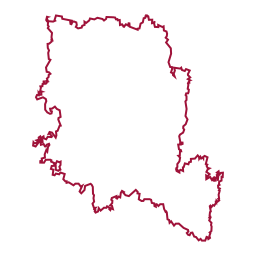 Naogaon, Rajshahi, Bangladesh (Equal Earth projection)
{"feature_id": "16705992B34203284467157", "entity_name": "Naogaon", "entity_type": "district", "adm_level": 2, "iso_a3": "BGD", "parent_name": "Bangladesh", "parent_adm1": "Rajshahi", "projection": "equal_earth", "projection_center": [88.84, 24.873], "detail": "fine", "context": "isolated", "style": "outline", "palette": "rose", "viewbox_px": 256, "rotation_deg": 0, "n_neighbors": 0, "source": "geoboundaries", "source_scale": "gbopen_adm2", "svg_char_len": 5743}
<svg xmlns="http://www.w3.org/2000/svg" viewBox="0 0 256 256"><path d="M183.1,132.6L184.2,129.7L183.2,128.2L183.3,126.3L185.7,124.2L187.5,119.4L185.5,116.0L186.6,109.0L185.4,101.4L186.5,100.0L186.5,96.2L185.6,95.1L186.2,93.4L188.1,93.3L188.6,92.0L188.8,89.6L187.7,88.8L188.4,84.7L187.9,83.4L188.5,82.3L189.3,82.6L189.3,80.4L190.0,80.2L187.9,79.1L190.2,77.4L188.0,75.2L187.9,74.1L189.7,70.5L186.0,69.1L184.8,71.0L182.0,70.0L181.2,67.7L180.2,68.6L174.1,67.7L174.9,70.5L173.7,73.9L174.6,76.5L173.0,75.1L172.9,73.3L171.0,72.4L172.1,69.1L171.9,67.1L170.2,67.0L168.5,62.2L171.1,53.7L170.8,48.3L166.1,42.5L168.0,39.7L165.7,37.7L166.8,36.1L167.1,33.7L166.5,31.5L163.9,30.5L163.6,26.4L162.4,27.0L158.2,25.0L158.3,27.1L154.9,26.9L154.1,23.6L154.7,21.2L153.8,22.8L152.0,23.2L152.2,19.7L148.9,19.8L148.3,16.4L147.0,15.4L146.3,15.4L146.6,16.4L145.5,16.3L145.2,17.9L143.7,18.2L142.8,22.4L140.6,23.6L139.5,28.4L137.6,28.7L137.6,29.7L129.7,26.7L129.4,23.4L128.6,23.3L128.0,25.5L125.9,24.3L123.5,27.5L124.0,25.6L122.7,25.6L122.0,24.3L120.0,25.0L119.7,20.0L117.7,20.3L117.4,19.1L115.9,19.3L115.2,17.6L113.4,17.3L106.5,17.0L106.1,18.9L104.0,20.5L102.5,19.0L97.4,17.8L94.4,19.4L90.0,18.5L89.3,20.4L86.2,22.9L84.5,21.7L84.6,24.9L82.2,25.8L81.7,27.6L78.1,28.4L75.8,26.9L76.8,25.0L76.3,22.4L74.0,21.5L72.5,21.9L71.4,24.2L70.5,23.9L70.2,21.8L71.4,20.6L62.3,18.8L61.9,16.5L56.0,15.5L54.6,19.9L55.2,20.7L53.1,21.6L48.3,21.2L47.4,19.7L46.6,20.4L47.1,19.1L47.0,17.3L47.8,17.0L47.0,16.8L46.2,20.0L46.7,20.8L47.4,19.9L48.1,21.6L47.8,25.2L48.7,26.5L47.8,28.1L52.0,32.9L51.5,37.3L52.3,40.2L51.5,40.0L51.7,41.5L49.1,43.7L47.6,43.9L47.8,48.0L49.0,50.4L48.2,52.9L48.8,59.0L50.4,59.8L46.0,67.5L46.7,71.8L49.0,72.3L50.4,73.8L48.7,74.9L48.6,77.0L46.9,78.6L47.5,80.4L46.5,80.9L47.7,81.7L46.6,82.2L46.1,81.3L46.5,83.1L45.8,83.7L46.4,83.9L44.1,83.5L44.1,81.9L43.6,80.6L43.6,83.9L42.6,84.0L42.4,86.2L40.4,86.4L40.9,87.7L40.2,90.9L42.0,91.6L40.4,91.9L41.3,92.5L41.4,94.7L40.0,94.8L38.6,92.8L38.7,95.3L37.0,95.0L36.0,97.2L37.2,99.4L43.0,97.3L45.8,99.0L46.3,101.1L45.1,104.2L45.2,109.7L47.3,112.4L50.0,113.8L51.5,113.4L51.9,111.4L50.6,110.9L50.1,108.7L52.1,108.6L54.9,106.6L56.8,108.9L59.7,110.3L60.6,116.9L58.5,118.0L58.3,119.5L60.7,125.6L59.6,125.8L57.6,130.8L56.0,131.4L56.4,135.4L55.7,137.6L52.0,132.6L49.6,132.0L48.7,133.8L49.6,133.6L52.0,136.3L51.5,137.1L47.7,136.8L46.2,139.3L43.8,138.3L43.5,136.4L41.0,138.1L40.3,136.4L38.7,137.5L38.9,139.6L36.4,140.4L37.9,141.5L37.5,142.7L34.4,143.3L33.5,142.2L33.1,145.6L35.6,146.5L39.1,141.7L40.7,141.8L41.6,139.9L40.0,139.8L40.7,139.2L42.3,139.3L42.6,142.0L40.5,142.2L40.9,144.8L43.6,144.0L44.9,146.4L45.8,146.5L46.7,144.7L49.0,143.8L49.4,144.9L48.0,146.9L47.3,151.5L46.3,150.0L44.7,154.4L44.9,157.6L41.7,158.5L42.0,160.7L40.3,161.1L40.3,162.6L44.0,162.7L45.7,159.8L50.3,159.7L51.4,160.3L51.1,161.6L54.2,163.0L54.0,163.8L55.3,164.7L57.0,161.2L59.2,162.2L60.6,161.6L60.5,165.0L59.4,166.7L60.7,170.4L59.7,169.4L58.3,170.8L55.8,169.8L55.7,165.7L51.7,166.0L50.9,168.9L53.4,169.7L52.7,174.8L54.6,175.3L55.9,173.6L59.2,174.3L60.4,172.5L64.7,174.0L63.3,179.2L65.4,181.4L66.6,181.3L66.6,182.8L68.7,182.3L73.5,185.3L75.3,183.7L78.6,183.7L80.8,186.6L82.2,185.8L79.6,191.5L81.3,193.3L84.5,190.0L85.1,185.9L90.6,183.8L91.7,184.8L92.8,186.9L93.0,193.8L94.0,195.2L93.5,198.2L94.1,201.6L92.5,203.7L94.0,208.0L95.6,207.8L94.3,209.4L95.4,210.1L94.7,211.4L95.6,212.6L98.0,211.5L98.8,208.2L100.6,210.6L104.0,207.7L106.4,207.8L107.1,206.3L109.3,207.6L109.6,206.8L109.3,209.2L110.3,210.1L110.9,208.3L112.9,209.1L112.0,205.9L110.2,205.3L112.2,203.1L112.4,200.7L111.3,199.8L111.8,198.0L116.4,196.1L116.3,198.2L117.1,198.6L118.5,196.6L120.2,197.4L120.8,192.9L122.0,190.9L124.0,192.1L123.4,192.8L125.5,195.2L128.9,196.1L135.8,189.9L137.7,191.9L137.5,193.4L139.6,193.8L138.8,199.3L141.6,201.0L143.4,200.9L144.3,199.2L149.7,199.2L151.1,199.8L151.8,202.9L154.2,203.4L154.5,206.1L155.8,206.7L155.6,204.4L156.7,204.2L158.4,206.0L160.2,204.2L163.2,204.2L164.1,208.9L165.6,211.9L166.3,211.5L166.8,212.5L167.5,219.3L169.1,220.0L169.6,222.8L171.1,221.3L174.0,225.6L175.7,223.7L178.8,223.6L183.6,227.9L188.0,229.9L188.4,231.5L186.8,233.0L188.0,234.7L189.6,235.2L190.9,232.8L192.4,232.6L194.2,236.6L196.0,237.0L198.7,240.3L200.6,238.9L201.9,240.6L205.2,240.6L206.6,236.9L207.7,237.3L208.3,239.1L210.0,237.9L209.4,236.0L210.4,233.1L209.7,232.5L211.4,231.0L211.6,226.5L211.0,225.0L211.5,222.9L209.2,220.4L210.4,217.7L209.4,217.5L210.2,216.3L209.6,215.8L210.0,212.1L210.8,211.5L209.8,206.2L210.4,205.6L211.5,207.0L213.0,205.0L214.2,205.7L215.9,203.0L215.7,200.7L216.4,202.0L216.5,200.6L217.5,201.7L219.2,200.4L218.3,198.9L219.1,198.6L218.6,194.7L219.7,190.8L218.9,190.3L219.9,188.6L218.2,187.8L218.1,185.6L219.4,184.9L218.2,183.9L219.0,184.1L219.2,181.6L221.5,180.6L221.6,176.8L222.7,177.0L222.9,172.7L220.8,172.9L219.3,174.7L218.6,171.3L216.9,172.6L217.7,173.2L217.5,174.5L216.1,175.5L216.9,175.1L217.2,177.9L218.2,176.8L217.8,180.7L217.4,178.4L214.2,177.2L213.0,178.3L214.8,178.5L215.5,180.6L214.1,180.8L213.7,179.6L212.1,180.3L210.1,176.9L206.3,179.2L206.2,175.5L207.4,176.4L209.6,174.1L206.4,171.9L207.7,169.4L209.4,168.4L207.6,167.9L206.6,165.9L207.3,164.6L205.8,164.0L207.5,157.3L204.6,155.9L203.4,156.8L203.3,158.3L202.7,157.3L201.2,158.5L200.4,156.8L199.2,158.7L199.0,156.9L197.7,155.4L194.9,158.6L190.9,158.9L190.9,161.8L189.1,162.2L188.4,164.3L184.9,163.4L183.7,167.1L182.9,167.4L183.1,171.0L180.7,169.8L179.4,170.5L179.4,172.5L176.6,171.0L176.3,169.9L177.6,170.4L176.5,167.9L177.4,167.0L177.3,164.1L179.4,161.4L180.1,157.7L178.4,155.8L179.8,155.6L180.0,151.4L181.2,151.3L180.9,150.1L179.0,149.3L178.2,144.6L180.0,144.5L180.1,143.4L181.1,144.5L182.6,143.9L182.5,142.6L180.4,142.5L179.2,136.2L180.0,134.6L183.1,132.6Z" fill="none" stroke="#9f1239" stroke-width="2"/></svg>